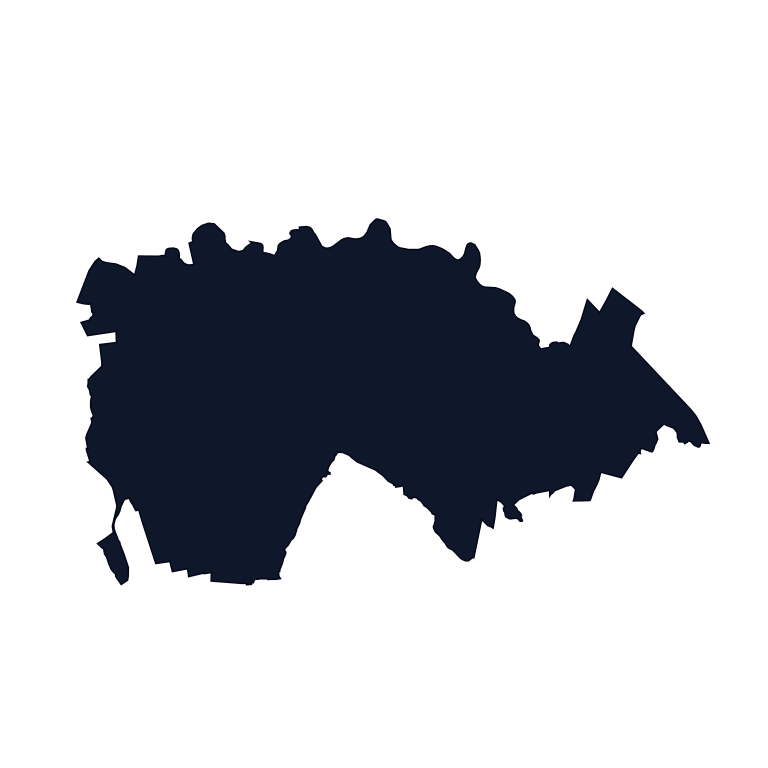 Udesti, Suceava, Romania, rotated 350°
{"feature_id": "2599482B53238071469954", "entity_name": "Udesti", "entity_type": "district", "adm_level": 2, "iso_a3": "ROU", "parent_name": "Romania", "parent_adm1": "Suceava", "projection": "orthographic", "projection_center": [26.408, 47.571], "detail": "fine", "context": "isolated", "style": "filled", "palette": "ink", "viewbox_px": 768, "rotation_deg": 350, "n_neighbors": 0, "source": "geoboundaries", "source_scale": "gbopen_adm2", "svg_char_len": 6108}
<svg xmlns="http://www.w3.org/2000/svg" viewBox="0 0 768 768"><g transform="rotate(350 384 384)"><path d="M533.8,518.6L545.9,516.1L549.5,516.1L550.5,515.6L554.1,520.4L554.2,521.5L551.1,530.4L550.1,532.0L566.2,534.5L567.0,534.1L571.5,526.1L576.2,519.9L579.0,515.5L582.1,508.5L601.7,517.6L614.7,503.7L622.2,496.3L624.4,497.0L624.2,495.8L625.2,492.7L627.2,492.4L636.0,497.4L637.2,496.6L637.7,496.1L640.5,490.7L641.3,490.0L644.0,485.8L643.5,479.1L643.6,478.0L653.0,471.8L654.7,473.6L661.2,477.5L662.0,478.5L664.1,482.4L664.3,483.4L664.0,485.0L665.0,485.5L663.6,486.9L664.7,492.3L668.9,493.0L669.7,495.0L672.8,493.9L673.7,492.8L676.1,493.9L678.7,498.1L682.5,500.7L683.9,500.6L684.8,499.4L685.4,497.4L687.1,497.1L690.0,498.1L693.8,498.8L688.9,478.9L685.6,469.6L681.6,462.3L633.9,389.7L639.5,374.4L641.4,370.2L647.8,361.5L649.2,360.2L652.2,359.6L650.7,357.1L625.6,329.5L617.5,340.3L608.7,351.1L598.9,336.2L589.5,354.7L582.1,366.1L579.5,369.4L573.8,379.3L571.9,376.8L568.3,374.4L565.8,374.0L562.8,374.3L562.1,373.2L561.4,372.8L558.5,372.5L556.8,372.6L554.7,373.7L554.2,374.1L553.7,376.0L552.5,376.8L547.1,376.6L544.6,377.0L542.8,373.5L542.7,372.3L543.3,370.6L544.4,368.7L544.3,367.8L543.7,366.4L542.3,364.7L539.0,361.6L537.6,356.3L537.5,353.4L536.9,351.2L535.8,349.2L533.4,346.6L529.9,344.6L526.7,342.0L525.2,340.0L524.3,337.6L524.2,335.0L524.9,331.4L526.9,327.3L527.6,324.9L527.3,323.0L525.8,320.2L522.9,316.6L514.7,310.8L510.6,308.6L500.4,306.2L497.6,304.7L495.5,302.6L493.4,298.7L492.4,295.8L492.4,293.9L494.1,290.7L498.0,285.6L499.0,283.4L500.1,279.5L500.6,275.8L500.7,271.4L500.1,269.0L497.5,262.6L494.3,260.3L493.1,260.1L490.9,260.7L489.8,261.8L487.9,265.4L485.9,269.9L483.6,272.6L480.7,274.4L478.8,274.8L477.5,274.6L474.7,272.2L471.1,266.7L467.9,263.7L464.7,260.9L458.9,257.3L455.9,256.3L453.1,256.0L449.7,256.1L442.3,257.5L440.7,257.5L431.7,255.9L423.3,252.7L421.4,251.5L420.4,250.4L417.6,246.8L416.3,244.1L415.9,242.7L416.9,232.2L414.2,224.9L412.5,223.4L406.1,220.3L404.8,220.4L403.5,221.0L398.1,224.8L393.6,231.7L391.1,234.1L388.8,235.7L386.1,236.4L383.1,236.5L380.2,236.1L374.1,233.8L370.0,233.9L367.3,234.6L358.7,239.1L355.2,240.3L351.9,240.5L349.6,239.8L346.6,237.6L342.3,224.8L341.2,223.3L339.9,219.1L338.7,217.5L337.9,216.7L334.9,215.5L328.0,214.8L327.5,217.6L324.6,216.9L320.7,216.7L319.0,217.3L317.7,218.7L317.5,219.8L318.6,221.6L318.4,223.2L316.8,225.0L314.2,225.8L311.0,225.7L306.6,227.2L304.0,229.1L302.3,234.3L298.3,238.6L294.6,236.3L290.2,234.3L287.7,234.0L287.7,231.9L288.5,228.6L288.6,226.5L288.0,225.2L286.7,224.1L276.9,220.5L278.1,222.3L273.1,224.5L271.0,225.8L268.4,228.2L264.4,228.4L263.0,228.0L257.4,224.8L254.2,219.4L252.4,217.3L252.6,215.7L252.4,213.4L253.0,210.9L252.6,207.7L244.5,196.7L238.8,195.2L232.1,196.3L227.4,198.6L222.9,202.4L221.6,204.2L220.6,207.2L220.5,208.8L220.8,210.6L216.5,211.4L217.5,232.7L217.1,233.2L213.7,233.1L211.0,232.5L208.0,230.3L206.4,227.8L205.8,226.1L204.3,225.1L204.2,224.4L204.9,221.1L204.9,218.4L204.5,216.6L203.4,215.0L200.2,213.6L195.9,213.1L193.7,213.5L192.7,214.3L190.5,219.7L187.7,218.9L184.6,219.1L164.5,215.4L161.6,224.0L157.4,233.4L149.0,224.3L140.8,219.3L131.9,216.5L127.6,214.3L125.0,210.6L120.5,213.4L113.2,221.2L95.9,250.1L102.2,252.8L107.8,254.4L109.0,254.2L109.0,260.1L108.7,261.9L108.9,262.6L109.6,262.9L109.7,263.7L109.3,266.2L106.1,268.2L105.1,269.9L96.3,270.8L100.5,284.9L129.3,285.6L127.7,296.7L110.9,295.8L109.9,313.9L109.2,317.5L96.7,326.0L94.8,327.8L94.3,328.8L93.8,328.4L93.7,327.4L92.6,332.8L91.7,335.0L92.8,338.1L93.1,339.8L92.9,343.4L94.4,345.5L93.5,346.2L92.3,349.5L91.1,355.4L91.2,358.5L92.3,365.0L90.9,366.5L89.7,366.9L89.5,368.2L90.0,369.6L89.0,372.5L82.6,382.0L81.0,385.4L81.1,395.9L79.7,395.8L79.5,397.3L81.0,409.3L78.8,409.4L94.6,429.3L98.4,437.7L99.0,441.0L99.8,456.1L99.6,458.7L92.1,476.0L91.7,477.2L91.7,483.3L82.3,488.0L74.2,491.4L77.8,496.4L79.3,497.7L79.3,502.9L80.8,506.4L81.9,513.8L83.2,519.2L85.2,522.7L86.6,524.5L86.4,527.2L90.4,535.8L97.4,532.7L98.7,529.0L100.4,520.3L98.3,506.1L96.4,496.8L96.3,493.9L94.9,491.0L94.6,488.0L93.4,483.0L93.1,479.6L93.3,476.8L93.8,474.7L96.2,469.7L99.5,466.5L101.9,463.0L103.6,459.1L107.6,453.5L109.2,452.4L113.6,452.3L113.9,455.7L115.5,458.9L117.3,464.9L117.8,465.7L120.4,465.1L120.7,466.4L122.2,479.2L128.1,521.2L142.3,521.6L143.0,532.0L158.3,531.8L158.4,536.8L158.1,539.8L173.5,538.9L173.7,539.5L181.3,539.7L179.5,548.0L209.0,555.6L213.7,556.4L213.7,557.8L218.7,558.3L219.0,556.7L220.9,557.0L221.7,555.3L223.1,553.8L226.4,554.4L226.5,554.0L235.8,555.7L235.7,556.3L243.5,557.5L248.2,557.7L247.2,555.4L247.1,554.4L247.6,550.5L248.7,550.5L249.4,548.3L252.9,542.8L254.7,538.5L255.9,537.0L257.9,533.7L258.0,532.6L257.4,530.5L257.3,529.2L261.6,526.1L265.3,521.8L268.1,520.0L270.2,517.4L271.9,513.8L272.4,513.5L272.1,512.7L276.5,506.7L278.4,502.5L285.0,492.4L285.6,490.6L289.4,486.3L299.1,473.9L306.3,468.4L305.2,466.4L308.9,464.2L309.6,465.2L310.9,465.0L312.9,462.7L315.0,463.5L315.5,462.2L313.2,460.2L314.9,456.2L318.3,452.2L321.5,450.0L323.0,446.6L324.4,445.6L325.9,443.8L328.0,443.4L331.7,444.4L337.3,448.1L339.9,451.5L344.1,456.1L360.8,467.3L367.2,474.2L371.4,480.5L375.5,483.7L376.2,485.6L377.6,485.7L377.7,487.6L382.7,487.7L385.1,487.2L385.3,489.4L384.6,496.3L387.1,497.6L388.8,500.7L390.9,501.7L391.9,501.8L392.9,500.4L396.4,501.8L398.2,504.3L399.6,505.2L401.7,508.8L402.1,510.5L404.6,512.8L406.6,515.5L408.5,518.3L409.0,520.1L410.4,521.2L411.9,521.9L411.1,524.7L410.7,527.6L408.8,531.6L407.8,533.1L408.2,536.3L409.0,538.7L412.6,543.3L414.2,547.3L416.7,551.6L418.2,555.3L419.4,557.0L422.9,559.5L428.8,568.5L430.8,570.5L433.9,572.4L436.6,572.8L440.8,570.5L442.3,570.7L456.7,534.4L461.6,541.4L464.5,543.2L466.4,544.9L470.0,534.8L475.1,517.3L479.3,521.1L481.5,524.9L481.4,525.9L480.0,526.9L479.8,529.7L480.7,531.2L480.6,534.2L480.9,535.7L481.3,536.3L484.6,538.7L489.9,539.0L492.1,539.6L494.2,542.8L495.7,543.2L496.6,542.8L495.7,537.4L496.6,537.1L495.9,534.9L493.7,531.9L492.9,529.1L490.3,525.5L497.0,521.2L511.5,516.9L511.8,518.3L515.0,517.7L527.5,517.5L528.7,517.2L527.8,523.1L529.1,521.7L530.9,520.8L533.8,518.6Z" fill="#0f172a" stroke="#020617" stroke-width="1.5"/></g></svg>